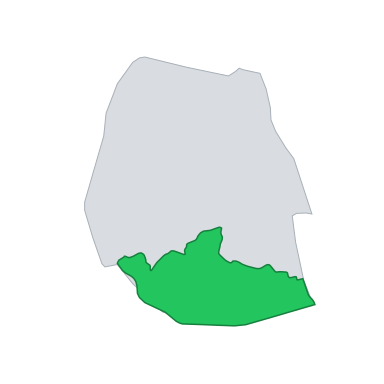 eSwatini, with Shiselweni highlighted, rotated 343°
{"feature_id": "SWZ-537", "entity_name": "Shiselweni", "entity_type": "District", "adm_level": 1, "iso_a3": "SWZ", "parent_name": "eSwatini", "parent_adm1": "", "projection": "mercator", "projection_center": [31.425, -27.036], "detail": "fine", "context": "in_parent", "style": "filled", "palette": "green", "viewbox_px": 384, "rotation_deg": 343, "n_neighbors": 0, "source": "natural_earth", "source_scale": "10m", "svg_char_len": 2470}
<svg xmlns="http://www.w3.org/2000/svg" viewBox="0 0 384 384"><g transform="rotate(343 192 192)"><path d="M273.3,87.4L276.6,90.0L291.7,98.4L293.0,115.1L291.6,134.2L288.6,146.2L289.7,158.2L294.5,176.9L299.1,189.8L300.2,248.1L295.1,245.5L285.8,243.0L280.9,244.1L276.4,270.3L273.0,309.4L275.0,333.7L239.7,334.4L195.2,331.8L163.2,321.3L128.8,298.1L108.4,262.1L99.4,239.5L86.9,238.2L84.9,234.4L83.8,206.9L84.0,178.0L86.4,170.3L109.5,134.8L123.9,112.8L132.9,91.5L152.3,66.6L173.2,50.7L181.0,48.4L186.3,49.1L223.1,71.0L260.8,91.7L269.0,89.4L273.3,87.4Z" fill="#d9dde1" stroke="#a8b0b8" stroke-width="1"/><path d="M158.4,320.2L144.1,315.3L141.7,313.6L139.1,311.0L131.3,299.2L114.6,284.0L110.9,277.6L110.2,273.0L111.9,265.8L112.1,261.3L111.1,257.6L109.4,254.9L104.7,250.0L102.6,246.7L99.7,238.3L102.1,235.8L107.5,234.4L108.3,234.0L108.5,233.7L108.9,233.7L109.6,234.1L111.4,235.7L113.2,236.5L116.9,236.3L122.6,235.1L124.1,235.1L125.6,235.4L127.0,236.9L127.6,237.8L127.8,238.8L128.0,241.4L128.0,243.0L127.8,244.2L127.5,245.1L127.6,245.8L128.0,246.7L130.3,249.7L130.4,250.4L130.3,251.1L129.7,252.8L129.5,253.8L129.4,254.7L129.7,255.1L130.4,255.0L137.7,249.2L146.4,244.6L148.6,243.9L150.4,243.9L151.8,243.6L153.3,242.9L154.8,242.3L156.7,242.7L158.4,243.7L165.8,249.3L166.9,249.5L167.4,249.4L167.6,246.9L167.7,246.1L168.1,245.3L168.7,244.5L170.3,243.3L170.9,242.5L171.2,241.7L171.4,240.9L171.9,240.4L173.0,239.9L180.7,239.2L182.2,238.6L183.6,237.3L184.5,236.1L185.7,235.2L188.3,233.5L191.6,232.8L198.2,234.0L207.7,233.6L208.8,234.2L209.7,235.1L209.2,236.3L207.8,238.8L207.6,240.1L207.5,241.4L207.9,243.6L207.5,245.0L206.8,246.5L203.8,250.1L202.7,252.5L200.7,255.8L200.1,257.0L199.6,258.6L200.0,259.9L203.4,266.1L204.3,267.4L206.4,269.7L207.6,270.7L208.5,271.1L209.5,270.9L210.4,270.3L211.2,270.0L212.4,270.4L213.4,270.7L214.7,271.5L216.3,272.8L219.2,276.0L223.2,279.1L230.5,283.6L232.0,284.3L233.5,284.8L235.1,285.0L236.7,284.8L241.4,283.6L242.8,283.5L244.4,284.1L245.3,285.2L248.3,292.5L249.2,293.2L250.5,293.5L252.0,293.7L253.6,294.2L258.8,296.2L259.3,296.7L259.6,297.2L259.4,300.4L259.5,301.2L259.9,302.2L261.0,302.6L262.3,302.9L265.1,303.0L266.5,303.3L266.9,303.7L266.9,304.5L266.8,305.5L266.7,306.5L267.2,306.9L267.9,307.0L272.6,307.3L272.8,310.8L273.2,324.4L274.1,327.1L275.2,329.1L276.0,331.1L276.5,333.2L276.6,335.6L262.0,335.4L246.3,335.2L222.5,334.9L204.5,334.6L193.5,332.4L176.7,326.6L164.2,322.2L158.4,320.2Z" fill="#22c55e" stroke="#15803d" stroke-width="1.5"/></g></svg>